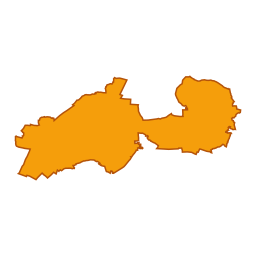 outline of Salatig, Salaj, Romania
{"feature_id": "2599482B1311445959804", "entity_name": "Salatig", "entity_type": "district", "adm_level": 2, "iso_a3": "ROU", "parent_name": "Romania", "parent_adm1": "Salaj", "projection": "natural_earth1", "projection_center": [23.157, 47.358], "detail": "fine", "context": "isolated", "style": "filled", "palette": "amber", "viewbox_px": 256, "rotation_deg": 0, "n_neighbors": 0, "source": "geoboundaries", "source_scale": "gbopen_adm2", "svg_char_len": 5846}
<svg xmlns="http://www.w3.org/2000/svg" viewBox="0 0 256 256"><path d="M29.4,176.0L36.0,179.6L37.7,177.5L42.1,173.1L43.2,174.3L43.5,174.3L43.6,174.6L44.0,175.0L45.4,175.9L46.9,177.3L47.5,178.0L50.8,175.2L53.7,172.3L56.1,173.9L57.4,170.1L58.9,171.3L59.3,170.6L60.4,169.9L60.7,170.3L61.5,170.7L62.6,169.9L63.7,168.9L65.5,168.3L70.3,168.2L71.5,168.4L72.1,168.7L73.9,168.3L74.3,168.4L74.4,167.8L74.0,167.5L73.1,165.5L74.5,165.4L75.3,164.8L76.0,164.6L76.0,163.8L80.0,162.8L81.8,161.7L82.7,161.5L82.9,161.3L83.6,160.9L84.9,161.0L85.7,160.6L88.1,160.4L90.4,159.8L93.8,160.0L94.8,160.3L94.9,160.7L96.5,161.6L97.4,161.4L98.8,162.3L99.9,163.2L100.0,163.4L99.6,163.6L98.7,163.8L98.8,164.0L100.6,165.1L101.1,165.1L101.0,165.4L101.9,165.8L104.7,166.4L106.2,171.2L106.5,171.6L108.2,172.0L110.2,173.2L110.7,171.1L111.2,171.0L111.4,171.4L112.0,171.2L112.9,172.3L112.4,172.4L112.5,173.2L113.5,173.3L122.2,167.9L123.9,166.7L125.2,165.3L129.4,160.1L130.0,159.6L131.4,157.3L131.0,156.8L131.7,156.8L133.3,154.5L134.3,153.4L136.0,151.0L136.2,150.2L137.6,150.2L137.5,149.7L137.8,148.5L137.7,148.0L138.5,147.8L140.1,148.6L141.4,148.4L142.3,148.7L142.8,148.2L142.7,147.8L142.1,147.3L141.8,147.3L141.4,147.6L141.4,148.0L139.9,147.1L140.2,146.8L140.7,146.8L140.7,146.2L139.7,146.4L139.6,146.2L139.7,145.8L140.7,145.7L140.7,144.4L140.0,144.5L139.9,145.4L139.7,145.6L139.9,144.2L139.3,144.2L138.8,144.5L138.9,144.8L138.1,143.6L138.8,143.3L139.0,142.5L137.4,142.8L137.0,143.3L134.9,143.4L134.7,141.1L137.8,140.9L138.2,140.4L138.6,140.3L138.5,139.1L138.6,138.1L138.3,135.6L138.2,132.9L141.5,133.3L142.1,133.1L142.8,133.3L145.6,134.8L145.6,135.6L145.8,135.7L145.7,136.1L146.6,136.1L147.6,135.6L147.9,136.0L147.6,136.1L148.0,136.9L147.2,137.8L147.8,138.9L148.8,139.9L149.0,140.1L149.5,139.9L150.7,140.6L150.6,141.0L150.8,141.2L152.4,141.9L153.3,142.5L154.8,143.0L157.4,144.9L157.9,145.6L158.3,145.6L157.8,147.2L156.7,148.6L168.8,149.3L178.3,148.8L178.6,148.2L181.6,148.1L182.3,150.3L182.4,152.1L187.3,151.9L191.6,152.3L194.5,153.8L196.1,154.4L197.1,152.0L198.2,152.2L199.6,149.1L200.4,149.1L206.5,151.2L208.5,151.6L210.5,151.5L210.5,152.4L211.7,152.8L211.0,149.7L212.3,149.3L212.6,149.1L212.6,148.7L212.8,148.6L214.6,148.5L215.2,148.1L215.8,148.1L217.7,147.0L219.3,146.9L220.7,146.2L222.9,144.3L224.1,144.9L224.9,146.1L226.3,146.8L226.8,144.7L226.8,144.4L226.6,144.3L226.8,143.5L227.0,143.2L227.5,143.0L228.0,141.8L227.6,141.4L228.3,140.5L228.5,139.5L229.2,138.5L229.5,137.2L230.0,136.2L230.0,135.7L230.3,135.4L230.2,134.8L230.4,134.0L230.8,133.7L231.2,133.6L231.0,133.4L231.0,132.9L229.3,132.8L227.9,133.1L227.7,132.7L227.0,132.7L226.8,132.2L225.8,132.2L225.8,131.8L226.0,131.4L227.1,131.3L227.3,130.8L227.6,130.7L227.2,130.6L227.4,130.2L228.3,129.3L228.6,128.5L228.6,127.7L228.3,127.4L229.1,126.6L229.6,126.5L230.3,126.8L229.8,127.3L230.0,127.9L230.6,128.1L230.4,128.1L230.7,128.6L232.2,129.0L232.5,129.5L233.2,129.6L234.9,129.3L235.4,129.4L234.2,124.9L234.4,123.4L234.7,122.8L234.4,122.3L233.6,122.1L233.3,120.6L232.3,120.4L231.9,119.4L231.7,118.4L232.1,118.4L232.7,117.6L233.9,117.9L234.2,117.4L235.8,116.0L235.8,115.2L236.1,114.5L237.3,113.4L238.8,112.7L239.5,113.0L240.3,112.4L240.6,110.0L236.8,109.0L236.6,107.4L236.3,106.0L234.3,105.9L232.7,106.1L232.5,105.6L232.6,105.0L232.5,104.1L232.6,103.5L233.2,103.1L233.2,102.4L233.3,102.1L234.2,101.7L231.3,97.9L231.8,97.4L231.7,96.4L231.5,96.0L231.0,95.4L230.8,94.5L230.8,93.9L230.3,92.7L229.6,89.0L229.0,89.1L228.9,89.3L228.3,89.0L228.4,88.9L228.1,88.6L227.8,88.8L227.1,88.6L225.7,87.9L224.8,87.7L223.2,86.7L222.4,85.8L218.1,82.9L216.2,81.8L215.1,81.4L214.2,80.9L212.0,80.6L210.9,80.1L208.7,80.4L206.6,80.3L204.5,79.8L201.7,80.1L199.9,81.0L198.0,81.1L194.0,79.5L194.0,79.1L192.3,78.4L191.4,77.5L190.7,77.4L190.0,76.4L189.6,76.4L189.0,76.9L185.7,76.9L182.9,79.9L182.5,80.9L182.4,82.4L182.2,83.0L182.1,83.8L180.3,84.9L176.9,88.3L175.5,93.6L175.6,94.8L175.9,95.6L177.0,98.2L177.7,99.3L178.9,102.1L181.1,103.7L182.0,104.7L182.4,105.4L184.2,106.1L185.7,105.6L186.5,106.7L186.5,107.4L186.1,107.5L186.1,108.0L185.7,108.0L185.7,108.3L187.4,108.3L187.5,109.8L182.7,109.9L182.9,114.2L182.8,115.5L183.0,116.4L180.1,116.5L174.4,115.8L172.0,114.9L171.7,114.6L171.4,113.6L168.7,115.3L166.3,117.2L163.7,117.9L162.1,118.1L160.2,119.0L158.5,118.5L157.1,118.9L148.0,120.1L143.1,120.2L142.9,120.1L142.8,119.2L142.1,117.5L140.4,115.4L138.5,111.3L138.4,108.7L138.0,106.1L138.3,104.8L130.4,104.3L130.7,99.3L124.4,98.9L120.6,98.3L122.4,95.4L119.9,94.5L126.9,80.0L120.6,78.3L119.3,78.1L116.0,78.4L114.6,77.6L113.6,78.8L113.7,79.4L113.5,82.1L112.9,82.1L112.8,82.6L112.0,84.0L110.3,83.7L108.5,84.5L107.1,84.8L106.7,85.4L106.3,86.6L105.8,86.8L105.9,87.3L105.5,87.9L105.3,88.6L105.5,88.8L105.9,91.0L105.9,92.8L103.2,92.7L100.8,92.2L98.7,92.3L98.2,92.0L97.6,92.0L96.7,92.4L95.5,92.6L95.7,93.2L96.0,93.4L95.9,93.7L95.7,93.8L94.9,93.5L94.2,94.2L92.5,94.0L92.0,94.1L91.5,94.5L90.1,94.9L87.2,94.8L86.2,94.6L84.8,94.9L84.3,95.4L82.2,96.2L81.6,96.9L81.6,97.2L80.8,97.8L80.7,98.2L79.5,99.1L79.1,99.6L77.9,100.2L77.0,100.1L74.5,103.3L72.6,104.8L73.9,105.6L67.0,110.5L63.4,112.8L59.6,115.7L54.1,120.6L53.9,118.3L52.8,117.9L52.5,118.4L51.7,118.3L51.5,118.0L51.3,118.0L50.1,117.1L47.2,116.8L44.8,117.2L44.5,116.7L42.5,117.3L41.5,117.3L40.0,118.3L39.5,120.2L38.4,120.3L38.4,122.9L39.3,125.0L37.1,125.7L36.3,125.5L34.0,125.4L30.5,124.4L30.4,125.5L30.1,125.6L27.8,125.3L25.2,125.3L23.5,128.4L21.3,130.8L22.2,131.5L22.7,132.4L23.3,132.5L23.7,132.9L23.6,135.5L23.2,135.9L22.4,136.0L22.6,136.9L22.1,137.4L22.2,137.7L22.0,138.0L17.1,136.7L16.3,136.3L16.1,136.1L15.5,136.5L15.5,139.3L15.4,140.4L15.5,141.0L15.8,141.6L15.7,143.7L16.0,145.2L16.5,146.1L18.7,147.1L23.2,148.0L24.7,148.4L30.2,149.1L29.4,151.4L27.1,156.6L26.3,157.9L25.3,159.9L23.6,164.7L22.2,166.3L19.3,172.8L18.4,173.6L26.4,176.5L26.9,175.4L29.4,176.0Z" fill="#f59e0b" stroke="#b45309" stroke-width="1.5"/></svg>